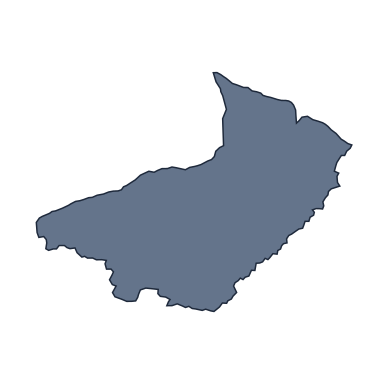 the district of Colorado, Paraná, Brazil, rotated 284°
{"feature_id": "56859067B48104016999409", "entity_name": "Colorado", "entity_type": "district", "adm_level": 2, "iso_a3": "BRA", "parent_name": "Brazil", "parent_adm1": "Paraná", "projection": "mercator", "projection_center": [-51.974, -22.817], "detail": "fine", "context": "isolated", "style": "filled", "palette": "slate", "viewbox_px": 384, "rotation_deg": 284, "n_neighbors": 0, "source": "geoboundaries", "source_scale": "gbopen_adm2", "svg_char_len": 2668}
<svg xmlns="http://www.w3.org/2000/svg" viewBox="0 0 384 384"><g transform="rotate(284 192 192)"><path d="M211.4,166.5L208.8,162.5L207.4,157.2L204.6,153.4L202.0,150.5L201.7,145.1L195.9,137.9L190.0,134.0L186.4,130.6L182.4,126.9L180.5,124.3L177.1,123.0L175.2,120.1L173.8,115.4L171.8,111.1L168.6,106.6L165.9,100.7L162.7,96.6L161.5,93.1L158.6,88.9L156.4,85.3L154.7,81.3L151.2,77.3L149.2,75.4L144.8,70.0L140.6,64.1L139.2,60.9L136.8,58.9L132.1,52.6L129.8,50.2L124.8,48.3L115.2,51.5L110.9,54.4L112.9,58.9L110.6,62.1L107.4,63.4L101.6,63.9L100.7,67.0L103.2,71.2L104.0,74.3L107.9,76.0L109.2,81.2L107.8,84.2L107.5,87.3L109.4,92.0L105.3,95.2L102.2,100.9L103.6,103.4L102.6,106.6L103.9,111.6L103.1,115.6L104.5,120.9L104.9,125.4L101.3,125.0L96.5,127.7L97.6,132.1L95.5,135.1L92.1,134.5L86.9,133.2L82.9,137.1L82.4,141.1L75.2,139.2L71.7,142.6L70.9,150.0L70.1,155.1L71.2,159.5L72.7,163.7L76.6,164.8L79.8,164.9L84.5,165.6L87.6,170.4L88.6,177.5L89.3,182.8L85.1,183.5L83.1,186.5L83.7,191.9L82.4,196.7L79.7,195.7L75.6,195.1L76.9,200.1L79.9,204.7L79.1,210.3L78.4,213.6L80.3,216.6L79.0,220.4L79.4,223.8L79.6,230.6L81.6,233.6L81.2,239.0L81.4,242.2L84.4,244.5L87.1,246.5L91.6,248.3L92.4,252.5L95.1,253.1L97.7,256.1L100.9,257.0L105.3,259.6L110.8,255.1L114.4,255.7L117.2,258.3L120.1,259.7L119.4,262.7L122.2,264.2L124.2,267.5L130.4,268.6L131.1,272.0L135.5,271.7L138.4,271.5L139.5,274.9L141.3,277.4L145.3,279.0L144.8,282.0L147.2,283.4L151.7,285.4L152.3,289.6L156.0,289.4L158.1,291.7L161.6,292.0L164.0,293.3L165.6,296.5L169.4,295.1L173.2,296.4L175.3,298.9L178.7,301.8L181.9,304.6L183.6,308.1L186.8,308.5L190.9,308.8L191.8,312.5L196.1,312.7L198.9,315.6L201.9,315.6L203.8,313.2L205.9,316.4L206.6,319.3L207.1,322.8L210.4,323.2L214.1,321.4L218.6,322.8L222.0,324.6L225.5,324.3L228.8,326.4L231.2,330.3L233.5,334.0L236.4,330.9L239.5,329.8L242.3,328.9L245.8,329.8L246.6,325.1L252.0,325.2L255.6,325.4L261.0,327.2L263.6,328.1L264.4,331.3L269.0,332.2L272.7,334.9L276.3,335.7L276.7,331.5L278.4,327.1L279.3,324.0L283.6,317.7L286.0,312.0L288.5,308.1L289.9,305.1L290.8,302.0L291.2,297.2L291.4,291.8L293.4,285.7L291.2,280.6L287.3,278.8L284.1,276.7L291.4,274.3L296.6,272.7L300.9,269.5L302.9,266.8L303.7,263.8L303.5,260.9L302.5,256.7L302.4,252.5L302.8,245.5L302.7,241.2L302.9,237.5L304.6,234.8L304.9,230.4L304.6,225.9L306.9,221.0L305.9,216.7L306.8,209.4L307.1,204.9L310.5,197.8L311.7,194.4L312.9,191.4L313.9,187.3L312.9,183.8L304.7,188.7L299.1,194.6L296.3,195.7L292.9,198.5L280.5,205.4L270.6,204.0L244.6,211.4L241.7,208.0L237.3,205.2L231.8,205.1L228.2,203.1L225.9,199.8L220.8,194.1L218.8,190.9L217.4,188.3L215.3,183.8L212.0,180.2L211.7,170.4L211.4,166.5Z" fill="#64748b" stroke="#1e293b" stroke-width="1.5"/></g></svg>